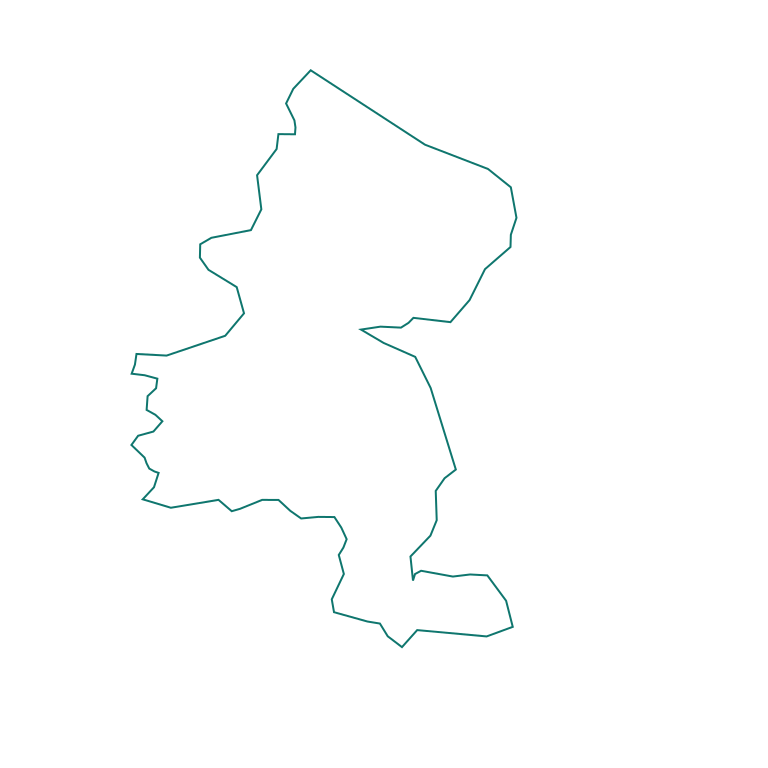 the District of Mahanuvara, rotated 306°
{"feature_id": "LKA-2448", "entity_name": "Mahanuvara", "entity_type": "District", "adm_level": 1, "iso_a3": "LKA", "parent_name": "Sri Lanka", "parent_adm1": "", "projection": "robinson", "projection_center": [80.641, 7.216], "detail": "fine", "context": "isolated", "style": "outline", "palette": "teal", "viewbox_px": 768, "rotation_deg": 306, "n_neighbors": 0, "source": "natural_earth", "source_scale": "10m", "svg_char_len": 1294}
<svg xmlns="http://www.w3.org/2000/svg" viewBox="0 0 768 768"><g transform="rotate(306 384 384)"><path d="M181.7,553.2L182.1,535.3L187.8,521.5L182.1,510.2L170.0,477.7L179.1,468.3L206.7,463.2L219.1,447.9L227.8,447.3L236.5,445.0L242.7,433.9L247.2,422.1L237.9,409.0L226.5,396.0L226.3,382.8L228.2,366.8L218.6,353.5L198.4,340.9L191.6,335.6L193.0,318.2L158.6,284.3L148.9,256.6L165.3,258.6L179.6,253.9L178.3,249.7L177.6,243.8L180.3,238.5L183.7,233.6L186.2,215.5L197.6,215.5L210.0,225.4L223.6,226.6L224.7,217.2L223.5,207.2L235.2,199.9L246.6,202.1L255.1,197.5L250.4,185.2L244.0,173.8L253.3,171.1L262.8,166.1L279.2,191.4L329.7,227.2L358.9,229.2L375.8,207.9L373.2,174.9L378.0,160.8L389.0,153.2L400.8,158.4L430.3,185.9L453.2,182.1L478.3,158.6L511.0,159.0L524.1,151.7L533.7,165.2L539.5,161.6L544.6,156.6L553.4,139.9L569.5,137.1L594.7,140.3L601.7,276.5L619.1,341.8L617.7,371.0L596.3,393.5L579.3,398.9L569.2,405.8L536.3,398.2L502.2,403.9L473.1,401.4L454.8,368.9L447.9,367.9L439.6,364.6L428.3,347.4L414.5,333.4L417.0,359.6L424.3,393.3L408.2,424.1L357.0,492.4L343.4,488.4L327.9,488.7L304.8,506.7L288.6,510.7L260.0,506.8L242.0,523.0L248.5,520.8L254.7,523.8L268.7,552.9L280.5,565.6L289.9,580.1L280.4,610.2L263.2,630.9L240.1,615.4L204.4,555.5L181.7,553.2Z" fill="none" stroke="#0f766e" stroke-width="2"/></g></svg>